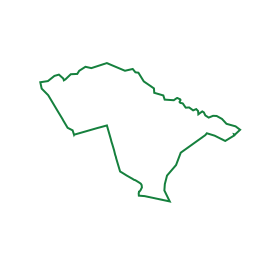 Prince George's, Maryland, United States of America (orthographic projection), rotated 299°
{"feature_id": "52423323B69501139245181", "entity_name": "Prince George's", "entity_type": "district", "adm_level": 2, "iso_a3": "USA", "parent_name": "United States of America", "parent_adm1": "Maryland", "projection": "orthographic", "projection_center": [-76.846, 38.833], "detail": "fine", "context": "isolated", "style": "outline", "palette": "green", "viewbox_px": 256, "rotation_deg": 299, "n_neighbors": 0, "source": "geoboundaries", "source_scale": "gbopen_adm2", "svg_char_len": 1477}
<svg xmlns="http://www.w3.org/2000/svg" viewBox="0 0 256 256"><g transform="rotate(299 128 128)"><path d="M180.8,226.9L181.6,221.3L179.4,212.1L181.5,205.8L181.5,199.7L179.9,196.5L176.2,193.5L176.5,189.5L178.4,186.8L178.5,184.9L174.1,182.9L176.8,181.1L177.6,178.5L175.0,176.4L175.6,171.5L173.8,168.7L174.0,168.1L174.5,167.1L176.0,164.1L175.9,163.3L175.4,161.9L175.4,161.3L175.6,160.7L175.9,160.4L177.7,160.4L178.2,160.1L178.4,159.6L178.2,157.8L178.2,156.7L177.8,156.2L174.5,154.6L170.6,146.3L173.6,143.1L171.5,133.9L175.2,131.5L176.4,119.2L181.4,110.3L180.3,107.5L181.9,103.5L176.6,97.6L174.5,78.0L162.6,66.9L160.9,61.1L154.4,57.6L150.7,57.4L147.3,51.9L140.2,49.7L138.6,48.8L139.9,47.4L141.2,41.7L137.9,38.4L130.2,35.2L125.5,29.1L120.6,33.4L118.0,42.3L109.1,57.6L104.0,66.5L103.2,67.7L98.9,75.1L99.1,80.7L95.9,84.1L96.0,84.1L98.7,86.8L111.6,99.7L113.4,101.5L115.3,103.5L120.0,108.3L119.7,108.6L117.5,110.8L117.2,111.1L109.6,118.7L108.5,119.7L107.4,120.8L106.4,121.9L101.9,126.5L98.4,129.7L96.5,131.8L96.2,131.9L90.2,138.0L86.4,141.9L86.3,142.0L86.1,142.4L86.1,143.9L85.9,148.0L85.8,149.5L85.7,156.8L85.6,158.5L85.9,159.7L85.7,164.2L85.5,166.2L84.7,167.6L82.7,169.0L79.5,169.1L77.8,168.8L77.6,168.5L77.4,168.6L75.9,169.1L74.1,170.3L76.5,175.6L84.0,200.1L91.0,190.1L96.8,187.4L105.3,185.2L118.9,188.0L132.0,186.1L159.3,199.1L161.6,199.5L163.3,207.5L163.8,219.3L173.1,224.6L173.9,223.7L174.1,224.7L174.3,224.8L180.8,226.9Z" fill="none" stroke="#15803d" stroke-width="2"/></g></svg>